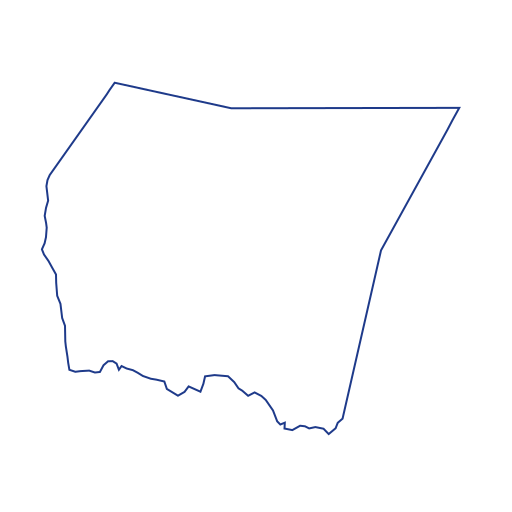 Amapá do Maranhão, Maranhão, Brazil (Albers equal-area conic projection), rotated 86°
{"feature_id": "56859067B53661341879056", "entity_name": "Amapá do Maranhão", "entity_type": "district", "adm_level": 2, "iso_a3": "BRA", "parent_name": "Brazil", "parent_adm1": "Maranhão", "projection": "albers", "projection_center": [-45.895, -1.657], "detail": "fine", "context": "isolated", "style": "outline", "palette": "blue", "viewbox_px": 512, "rotation_deg": 86, "n_neighbors": 0, "source": "geoboundaries", "source_scale": "gbopen_adm2", "svg_char_len": 1166}
<svg xmlns="http://www.w3.org/2000/svg" viewBox="0 0 512 512"><g transform="rotate(86 256 256)"><path d="M134.3,50.6L122.4,42.9L106.9,270.4L73.3,384.9L80.3,390.6L84.2,393.5L160.8,456.1L165.7,458.7L171.7,460.2L186.3,459.5L193.3,462.1L201.2,464.0L208.4,463.1L213.1,462.8L222.6,464.2L228.6,466.0L234.4,469.1L239.7,467.4L246.6,463.3L253.3,460.2L260.5,456.8L268.8,457.2L281.8,457.1L290.1,454.4L304.3,453.7L312.3,451.4L327.9,452.2L332.9,452.0L343.5,451.1L349.5,450.8L356.5,450.1L358.9,444.3L358.6,439.0L358.7,430.4L361.0,424.8L360.8,419.8L354.3,415.7L350.7,410.9L350.9,406.3L353.6,402.6L359.9,400.7L356.4,397.8L359.2,392.9L361.3,386.8L364.2,382.2L367.8,377.2L371.1,369.5L372.4,364.0L374.8,356.2L382.4,354.2L389.9,343.6L386.6,336.8L381.4,332.3L387.5,320.9L379.8,317.4L372.5,315.2L371.9,305.7L374.0,292.3L380.3,286.5L386.8,282.7L389.4,279.1L394.9,273.6L392.0,266.9L396.0,260.4L400.3,256.3L411.3,249.8L422.4,246.4L425.8,243.5L424.3,238.9L430.1,239.6L432.2,231.9L428.4,223.8L429.3,219.0L431.7,215.0L430.8,208.7L433.0,200.7L438.7,195.9L433.4,188.6L428.1,186.1L424.3,181.0L291.8,140.8L259.1,130.9L143.7,56.4L134.3,50.6Z" fill="none" stroke="#1e3a8a" stroke-width="2"/></g></svg>